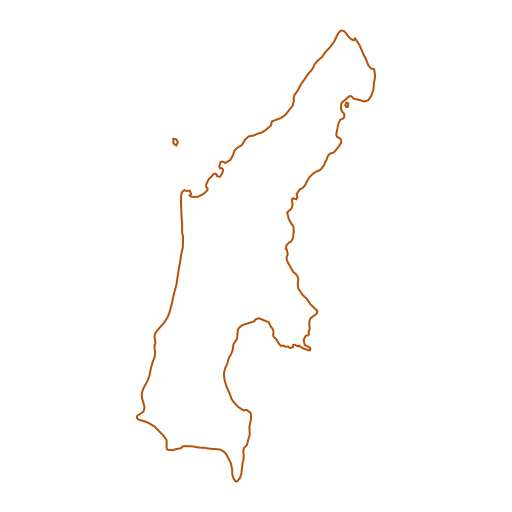 the district of Saipan, Saipan, Northern Mariana Islands
{"feature_id": "39175420B42755231479115", "entity_name": "Saipan", "entity_type": "district", "adm_level": 2, "iso_a3": "MNP", "parent_name": "Northern Mariana Islands", "parent_adm1": "Saipan", "projection": "equal_earth", "projection_center": [145.757, 15.191], "detail": "fine", "context": "isolated", "style": "outline", "palette": "amber", "viewbox_px": 512, "rotation_deg": 0, "n_neighbors": 0, "source": "geoboundaries", "source_scale": "gbopen_adm2", "svg_char_len": 5625}
<svg xmlns="http://www.w3.org/2000/svg" viewBox="0 0 512 512"><path d="M137.0,416.8L136.9,417.1L137.1,418.4L138.9,419.8L141.1,420.4L146.6,422.0L149.3,423.4L152.0,425.0L154.2,426.3L163.2,435.4L165.8,439.0L166.6,440.1L166.6,442.3L166.7,444.5L166.5,447.1L166.8,448.4L166.9,448.7L167.3,449.6L168.7,450.0L170.6,449.9L173.0,450.2L175.0,449.3L181.0,448.2L182.5,446.6L184.2,446.2L185.6,446.1L186.3,446.2L191.0,446.3L192.8,446.4L193.3,446.5L198.4,447.5L205.2,447.9L209.5,448.7L214.3,449.0L218.7,449.4L220.0,449.5L223.4,451.3L226.3,454.2L231.0,463.6L231.4,465.9L232.2,469.7L232.3,474.6L233.1,476.9L233.8,479.0L235.5,481.3L237.2,481.3L240.0,477.9L241.3,473.9L242.8,461.4L243.6,459.4L243.6,455.3L243.3,451.1L243.8,448.2L247.0,444.8L248.5,438.8L249.3,436.4L249.8,433.9L249.5,430.5L249.5,426.1L251.0,418.9L251.0,416.0L251.0,414.0L250.1,412.4L248.9,411.8L246.8,409.9L243.6,410.4L237.7,406.6L235.9,404.5L235.3,403.9L231.8,399.5L229.5,393.2L226.7,387.2L224.8,381.0L224.2,377.1L223.9,374.3L224.2,372.0L224.7,370.0L225.4,367.6L226.4,365.6L227.3,363.4L227.4,363.1L228.0,361.0L228.3,359.5L229.4,356.9L230.8,354.8L231.7,352.6L232.2,351.3L232.4,350.9L232.7,349.6L233.0,347.5L233.3,345.6L233.5,344.2L234.2,343.1L235.2,341.5L236.4,339.9L236.6,339.4L237.2,337.9L237.3,336.2L237.4,333.8L237.8,331.3L237.8,330.8L237.9,329.9L238.4,328.5L240.1,326.9L242.2,325.2L254.2,321.4L255.2,319.6L258.7,318.2L268.7,322.2L269.0,322.9L270.8,326.6L272.9,329.3L273.6,332.7L273.1,334.8L273.6,336.8L276.3,339.2L278.6,343.2L280.7,345.8L283.3,345.6L284.9,346.6L288.4,346.6L290.1,348.0L292.9,347.2L293.3,344.9L294.8,344.7L297.8,346.4L298.9,345.6L302.8,348.2L303.1,348.3L308.8,350.3L309.9,350.4L310.0,350.2L310.4,348.7L309.5,347.4L308.7,347.0L305.1,345.2L304.7,344.5L304.4,343.6L303.7,339.6L305.9,335.6L308.1,335.4L309.0,334.2L308.5,332.3L309.7,329.0L309.2,322.3L310.3,318.5L316.8,313.5L317.5,311.1L315.8,309.4L310.6,304.5L307.9,300.6L306.7,298.8L302.3,294.6L301.3,293.1L298.3,288.4L298.2,288.1L297.7,283.4L298.3,279.7L297.6,276.5L295.7,273.8L293.4,272.1L292.6,270.8L289.7,265.8L289.5,265.4L288.7,264.0L287.5,261.5L286.7,259.8L286.7,256.6L287.7,254.6L286.9,249.5L285.7,248.8L286.5,245.4L288.7,242.8L291.0,241.6L292.3,239.5L292.3,239.4L293.2,237.2L293.3,236.1L293.4,234.5L293.7,231.6L293.7,228.9L293.3,226.2L291.5,224.0L290.9,222.9L290.0,221.3L288.7,218.8L287.2,212.5L291.4,208.6L292.6,204.9L291.8,199.9L292.7,198.3L296.3,199.3L297.4,197.5L296.7,193.9L299.5,189.7L302.8,187.8L305.0,185.3L306.8,181.6L307.0,181.2L308.4,178.8L308.7,178.3L309.9,176.7L310.6,176.0L312.2,174.4L313.0,173.8L313.8,173.0L315.2,172.3L317.9,170.8L318.6,170.8L320.7,169.5L322.4,167.5L324.2,165.0L324.9,162.5L326.4,160.0L327.7,156.4L328.0,156.0L329.1,154.6L329.9,153.6L333.2,152.7L334.4,151.8L334.8,151.3L336.9,148.9L339.1,146.0L341.0,143.0L341.2,140.8L340.5,138.9L339.3,138.0L337.1,136.9L336.2,134.8L336.7,132.1L337.4,128.9L338.0,125.4L339.0,122.1L340.2,119.8L343.2,118.5L344.3,116.9L344.4,115.1L343.9,113.5L342.4,111.9L342.0,111.2L341.0,109.2L341.0,105.6L341.6,102.8L349.5,96.1L351.4,96.3L354.1,98.9L357.6,99.5L364.6,101.5L365.3,101.3L368.3,100.2L371.3,95.7L373.4,89.7L373.9,83.4L375.1,76.7L374.8,73.3L374.1,69.2L370.9,68.4L368.3,65.3L365.8,58.6L363.8,55.3L359.6,45.2L355.1,38.4L353.9,40.3L351.5,39.4L351.3,39.2L350.7,38.7L348.8,37.0L346.2,33.6L344.5,31.6L343.6,30.9L342.7,30.7L342.0,30.7L340.7,30.7L339.8,31.5L338.4,33.1L337.4,34.9L334.0,41.9L330.9,46.0L329.7,47.7L326.1,51.2L324.6,53.3L321.8,57.2L317.0,61.3L316.8,61.5L316.3,62.2L314.2,64.9L313.2,67.6L311.4,70.4L308.8,73.1L301.0,84.3L297.4,91.0L294.5,95.0L294.3,95.6L293.7,98.2L293.8,101.1L292.7,105.5L290.1,108.8L288.2,111.3L285.2,115.1L280.7,118.1L271.9,121.4L271.7,122.3L270.9,125.7L270.5,126.0L264.6,130.8L263.2,131.6L262.8,131.8L260.6,133.0L260.0,133.1L258.7,133.2L258.6,133.3L253.6,135.5L248.6,136.4L246.8,138.1L245.0,139.7L243.5,142.6L241.6,145.3L240.2,146.1L237.3,147.8L234.3,150.9L233.9,152.4L233.8,152.5L233.1,154.9L231.8,157.4L230.9,159.0L230.4,159.9L227.9,161.4L225.2,163.0L223.7,162.0L222.1,161.5L220.7,162.0L220.0,163.9L219.7,165.1L219.3,166.7L219.7,167.7L220.3,168.4L221.6,168.2L222.3,168.5L222.5,168.8L223.0,169.9L222.9,171.3L222.2,173.3L221.1,175.1L220.0,176.7L218.8,176.8L218.6,176.7L217.7,176.2L216.9,175.9L216.6,174.4L215.5,173.7L213.9,173.9L208.7,179.3L206.3,184.2L206.0,186.1L206.3,187.0L207.3,188.2L207.6,189.2L207.4,190.1L207.0,190.5L206.1,191.5L204.4,193.1L203.2,193.9L202.8,194.2L200.3,195.7L197.7,196.8L194.6,196.9L193.6,196.9L192.3,196.9L191.0,196.7L189.7,195.4L191.2,194.3L189.8,190.7L186.1,190.9L184.8,190.2L184.0,190.3L183.3,190.9L182.3,191.9L181.5,193.7L181.3,194.8L181.0,196.3L181.0,198.0L181.0,198.3L181.0,203.0L181.6,218.2L182.1,222.9L182.1,230.1L182.1,232.7L183.1,236.7L182.8,247.0L182.8,247.7L181.0,255.2L181.0,255.3L180.3,261.1L178.8,268.7L178.6,270.4L177.7,276.0L176.5,284.3L173.5,295.5L172.3,301.6L171.8,303.8L169.5,312.2L169.0,313.8L167.5,317.4L163.5,323.5L160.6,326.7L156.9,330.8L154.9,334.2L154.7,335.5L154.7,335.9L154.5,336.9L154.8,338.7L155.2,341.3L155.3,341.8L155.4,343.3L155.1,344.3L154.6,345.2L154.6,346.0L154.5,347.2L154.8,350.5L155.2,353.3L154.6,356.5L154.5,357.2L153.7,359.4L153.0,361.2L151.0,367.7L149.7,374.4L149.6,375.0L149.4,376.0L149.0,376.9L148.0,379.5L147.8,380.1L147.4,381.1L143.4,388.3L141.7,393.6L141.8,394.5L141.9,397.7L142.6,400.1L143.6,403.7L144.1,405.5L144.4,407.0L144.5,407.9L143.7,410.9L142.7,412.2L140.6,413.5L139.0,414.6L137.4,415.6L137.0,416.8ZM173.3,138.8L173.5,143.4L176.3,145.5L176.6,144.9L177.9,142.1L176.3,139.3L173.3,138.8ZM345.8,103.9L345.2,105.0L346.4,107.2L347.9,106.9L348.2,103.3L346.4,102.6L346.1,103.3L345.8,103.9Z" fill="none" stroke="#b45309" stroke-width="2"/></svg>